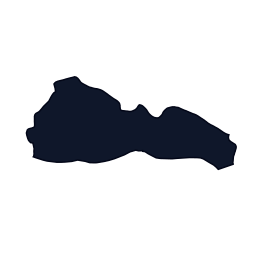 outline of Fond Dor/Dugard, Micoud, Saint Lucia, rotated 165°
{"feature_id": "8701671B74099385302774", "entity_name": "Fond Dor/Dugard", "entity_type": "district", "adm_level": 2, "iso_a3": "LCA", "parent_name": "Saint Lucia", "parent_adm1": "Micoud", "projection": "robinson", "projection_center": [-60.922, 13.811], "detail": "fine", "context": "isolated", "style": "filled", "palette": "ink", "viewbox_px": 256, "rotation_deg": 165, "n_neighbors": 0, "source": "geoboundaries", "source_scale": "gbopen_adm2", "svg_char_len": 5916}
<svg xmlns="http://www.w3.org/2000/svg" viewBox="0 0 256 256"><g transform="rotate(165 128 128)"><path d="M32.3,95.3L33.3,95.9L34.2,96.5L34.5,96.7L34.8,97.0L35.4,97.5L35.8,97.8L36.1,98.2L36.5,98.5L36.7,98.8L37.0,99.1L37.4,99.5L37.7,99.9L38.9,101.3L39.7,102.3L40.2,102.8L40.4,103.0L40.7,103.4L41.0,103.8L41.6,104.4L42.2,105.0L42.5,105.3L43.1,105.8L43.4,106.1L44.2,106.9L44.7,107.4L45.1,107.8L45.8,108.4L46.2,108.8L46.5,109.0L47.7,110.1L48.3,110.7L48.7,111.2L49.3,111.8L49.7,112.2L50.5,113.4L51.2,114.3L51.8,115.0L52.0,115.4L52.3,115.7L52.5,116.0L52.8,116.3L53.6,117.2L54.0,117.7L54.3,118.0L54.8,118.5L55.1,118.9L56.0,119.9L56.8,120.8L57.0,121.1L57.3,121.4L57.6,121.7L58.4,122.5L58.6,122.7L59.1,123.2L59.5,123.4L59.9,123.8L60.3,124.1L60.8,124.4L61.1,124.6L62.0,125.2L62.5,125.6L62.8,125.9L63.1,126.1L63.4,126.3L63.7,126.6L64.4,127.1L64.7,127.3L64.9,127.5L65.4,127.9L65.9,128.3L66.2,128.5L66.9,129.1L67.5,129.6L67.8,129.7L68.0,129.9L68.6,130.3L69.1,130.6L69.3,130.8L69.7,131.1L70.2,131.5L70.8,132.0L71.1,132.2L71.4,132.5L71.8,132.8L72.2,133.1L72.5,133.4L72.9,133.7L73.3,134.1L73.6,134.3L73.9,134.6L74.3,134.8L74.6,135.0L74.9,135.1L75.3,135.2L76.6,135.8L76.9,136.0L77.2,136.1L77.5,136.3L77.8,136.4L78.3,136.5L78.6,136.6L78.9,136.7L79.6,136.9L80.0,136.9L80.6,137.0L84.0,137.0L84.3,137.0L84.7,137.0L85.0,136.9L85.4,136.8L85.7,136.7L86.4,136.3L86.7,136.2L87.0,136.0L87.3,135.9L88.2,135.4L88.8,135.0L89.1,134.7L89.5,134.5L89.7,134.3L90.0,134.0L90.3,133.7L90.6,133.3L90.8,133.0L91.1,132.7L91.3,132.4L91.6,132.1L92.0,131.9L92.3,131.7L93.1,131.2L93.4,131.0L93.8,130.8L94.1,130.6L94.6,130.4L94.9,130.2L95.4,130.1L95.8,130.0L96.3,130.0L96.7,130.1L97.1,130.1L97.5,130.2L97.9,130.4L98.2,130.5L98.6,130.7L99.1,130.9L99.4,131.1L99.7,131.2L100.1,131.5L100.4,131.8L100.7,132.0L101.0,132.3L101.4,132.7L101.8,133.1L102.0,133.3L102.2,133.6L102.4,133.8L102.9,134.6L103.1,134.9L103.5,135.5L103.8,136.1L104.0,136.4L104.2,137.0L104.4,137.3L104.5,137.7L104.7,138.4L104.8,138.7L105.1,139.6L105.2,140.0L105.3,140.3L105.4,140.7L105.6,141.0L105.7,141.3L105.9,141.7L106.1,142.1L106.4,142.7L106.7,143.1L107.2,144.0L107.6,144.6L107.8,144.9L108.0,145.2L108.2,145.5L108.6,145.9L108.8,146.1L109.0,146.3L109.3,146.5L109.6,146.7L109.9,146.9L110.2,147.0L110.4,147.2L110.7,147.3L111.1,147.4L111.4,147.2L111.7,147.1L111.9,146.9L112.2,146.7L112.5,146.5L112.8,146.2L113.4,145.6L113.6,145.4L114.0,145.1L114.2,144.9L114.5,144.7L114.8,144.5L115.1,144.3L115.4,144.2L115.7,144.1L116.0,143.9L116.3,143.8L116.6,143.7L117.2,143.6L117.5,143.5L117.8,143.5L118.1,143.4L118.4,143.4L119.0,143.3L119.4,143.2L119.7,143.2L120.2,143.2L120.7,143.2L121.2,143.3L121.6,143.4L122.3,143.5L122.6,143.7L122.9,143.8L123.2,143.9L123.5,144.1L123.8,144.2L124.2,144.4L124.6,144.5L125.3,144.8L125.9,145.0L126.4,145.2L126.9,145.4L127.3,145.6L127.6,145.7L127.9,145.8L128.2,145.9L128.6,146.1L129.0,146.2L129.4,146.4L129.7,146.6L130.0,146.8L130.2,147.1L130.3,147.4L130.5,147.8L130.5,148.2L130.5,148.6L130.5,148.9L130.4,149.3L130.4,149.7L130.3,150.0L130.2,150.8L130.0,151.4L129.9,151.9L129.9,152.7L129.9,153.0L129.9,153.9L130.1,154.6L130.5,155.5L130.8,155.9L131.3,156.8L131.8,157.4L132.6,158.3L132.8,158.5L133.3,159.0L133.6,159.3L133.9,159.6L134.1,159.8L134.3,160.1L134.6,160.4L135.0,160.8L135.6,161.6L136.1,162.2L136.8,163.0L137.3,163.7L137.8,164.2L138.0,164.5L138.3,164.8L138.6,165.3L139.2,166.1L139.7,166.7L140.0,167.1L140.4,167.5L140.7,167.8L141.1,168.4L141.6,168.9L141.8,169.2L142.1,169.6L142.6,170.1L143.1,170.6L143.4,170.9L143.6,171.1L143.9,171.3L144.3,171.7L144.7,172.0L145.0,172.2L145.4,172.4L145.8,172.7L146.2,172.9L146.5,173.1L146.9,173.4L147.3,173.6L147.8,173.8L148.0,174.0L148.3,174.1L149.0,174.3L149.4,174.5L149.6,174.6L150.1,174.8L150.4,175.0L150.7,175.1L151.0,175.3L151.5,175.6L152.0,175.9L152.4,176.1L152.7,176.3L152.9,176.5L153.6,176.8L153.9,177.0L154.2,177.2L154.8,177.5L155.0,177.7L155.3,177.9L155.6,178.1L155.9,178.5L156.1,178.7L156.4,178.9L156.7,179.1L156.9,179.4L157.2,179.7L157.5,180.0L157.8,180.2L158.1,180.5L158.3,180.7L159.1,181.4L159.3,181.6L159.6,181.9L160.3,182.6L160.5,182.8L160.8,183.1L161.2,183.5L161.4,183.8L161.7,184.2L161.9,184.6L162.2,185.3L162.7,186.8L162.9,187.2L163.0,187.5L163.2,187.9L163.7,189.0L164.0,189.3L164.4,189.9L164.6,190.1L164.8,190.4L165.5,190.8L165.8,191.0L166.1,191.1L166.5,191.3L166.8,191.3L167.2,191.2L167.7,191.2L168.0,191.2L170.8,191.3L171.1,191.3L172.2,191.3L172.9,191.3L174.3,191.3L174.7,191.3L175.5,191.3L176.2,191.3L176.6,191.2L177.1,191.2L177.6,191.2L177.9,191.2L178.4,191.2L178.8,191.2L182.2,191.3L182.5,191.3L183.2,191.3L183.5,191.3L183.8,191.3L184.4,191.2L185.2,191.1L185.5,191.1L185.9,191.0L186.5,190.7L186.8,190.6L187.1,190.4L187.3,190.2L187.6,189.9L187.9,189.9L188.1,189.6L188.1,187.2L188.1,185.1L188.6,181.8L190.6,181.1L192.1,180.0L194.1,178.1L197.5,174.4L199.4,173.3L204.0,170.7L206.4,168.9L208.9,167.2L210.4,166.5L211.5,166.3L213.3,165.8L214.4,165.0L215.3,163.5L216.0,160.7L216.6,158.6L217.1,156.1L217.7,154.1L218.2,153.4L218.9,153.0L221.5,152.8L222.4,152.9L224.5,152.8L225.8,152.1L227.4,149.5L227.6,147.0L227.5,143.9L227.2,141.7L225.9,139.1L223.8,138.2L223.8,137.6L223.8,135.8L223.9,134.6L224.0,132.3L224.4,131.3L224.8,130.2L225.1,129.0L225.3,127.7L225.8,126.4L226.4,125.1L226.9,124.7L224.9,123.3L218.4,119.1L214.8,117.1L212.1,116.0L205.6,113.4L201.0,112.2L197.4,111.4L190.9,110.3L185.0,110.1L177.9,106.9L174.0,104.5L169.3,103.1L167.0,102.6L159.8,101.9L154.8,101.7L148.9,101.9L138.3,103.1L132.1,104.5L130.0,104.5L126.3,104.6L123.6,103.2L121.0,102.6L119.8,102.4L119.9,101.7L117.7,100.8L115.1,97.9L111.4,94.5L108.5,91.9L104.7,90.3L99.4,88.7L93.4,86.9L88.3,86.0L76.3,83.6L69.1,81.6L65.7,80.4L63.2,78.7L60.8,76.2L58.7,74.0L54.8,70.1L52.8,67.2L51.5,64.7L35.8,65.8L35.7,66.6L35.7,67.7L35.2,68.6L34.0,72.0L33.5,73.3L32.2,75.1L31.4,76.6L30.6,77.6L30.2,78.4L28.9,80.5L28.4,81.8L28.4,83.0L28.7,84.3L31.5,87.4L32.0,87.9L33.4,89.9L33.6,90.8L33.6,92.5L32.9,94.4L32.3,95.3Z" fill="#0f172a" stroke="#020617" stroke-width="1.5"/></g></svg>